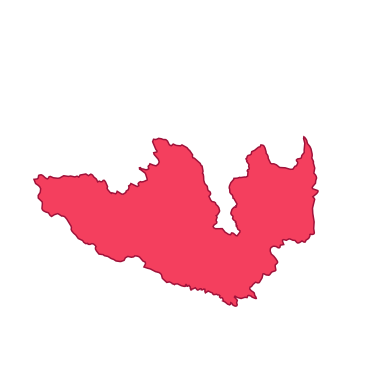 the district of Formoso, Minas Gerais, Brazil, rotated 315°
{"feature_id": "56859067B40805463906260", "entity_name": "Formoso", "entity_type": "district", "adm_level": 2, "iso_a3": "BRA", "parent_name": "Brazil", "parent_adm1": "Minas Gerais", "projection": "equal_earth", "projection_center": [-46.096, -15.072], "detail": "fine", "context": "isolated", "style": "filled", "palette": "rose", "viewbox_px": 384, "rotation_deg": 315, "n_neighbors": 0, "source": "geoboundaries", "source_scale": "gbopen_adm2", "svg_char_len": 6073}
<svg xmlns="http://www.w3.org/2000/svg" viewBox="0 0 384 384"><g transform="rotate(315 192 192)"><path d="M202.1,127.5L199.7,128.6L196.6,136.2L196.3,138.3L195.4,138.8L192.7,137.1L191.8,138.6L191.3,144.9L190.1,147.6L187.8,148.4L185.1,148.1L183.7,145.8L182.2,142.3L181.2,142.8L179.2,142.8L177.8,145.0L176.0,144.4L174.9,143.4L173.8,141.3L172.6,139.8L172.8,138.3L172.0,137.7L171.1,138.8L171.5,140.1L172.2,145.3L171.8,146.7L169.4,151.3L168.6,151.8L164.9,150.3L163.4,149.2L162.9,148.2L161.4,147.8L159.9,147.9L158.8,149.9L157.1,149.4L154.8,142.8L153.1,143.3L151.5,142.9L150.7,144.2L148.7,145.3L146.0,144.8L144.9,145.5L141.8,144.9L140.8,143.7L139.6,138.6L137.9,139.3L136.8,139.3L134.7,135.8L134.0,135.9L133.8,134.2L134.1,130.6L134.6,129.3L136.1,128.5L138.0,123.6L138.2,121.7L137.5,121.0L135.8,121.1L134.8,120.4L134.1,118.7L132.5,118.2L133.5,115.2L133.2,111.9L133.6,109.8L133.4,108.6L133.0,107.8L130.3,107.2L129.7,104.2L124.9,100.9L122.5,101.4L121.9,99.5L119.8,98.5L117.5,94.9L115.6,93.6L112.8,89.8L108.3,88.5L106.9,87.5L104.1,84.0L102.8,80.8L101.8,80.2L99.8,80.7L98.9,80.4L98.3,78.5L98.1,74.7L97.5,73.1L95.7,71.9L94.8,72.1L93.7,73.1L92.6,73.4L91.6,73.2L89.2,71.3L87.4,75.4L88.0,78.8L88.0,80.7L87.3,82.7L84.3,85.0L80.8,85.7L79.0,87.6L79.1,93.0L77.9,94.5L74.3,97.5L73.7,98.8L73.7,100.3L74.4,102.6L75.8,105.2L75.1,108.3L75.4,110.0L78.6,110.7L81.6,112.2L82.0,112.9L82.9,117.0L83.6,117.5L84.5,119.3L84.3,122.6L82.4,130.4L81.7,131.8L80.1,133.0L79.5,134.4L79.2,137.4L79.4,140.3L78.7,144.5L80.1,148.3L80.3,149.2L79.9,150.9L80.3,153.3L81.9,154.6L81.6,155.6L82.8,156.9L84.7,157.7L85.6,159.1L85.8,161.3L85.5,162.7L84.2,163.2L83.4,164.1L82.8,166.0L82.3,170.1L84.9,173.5L85.0,175.0L87.0,178.2L87.8,181.9L89.0,184.5L89.5,187.0L91.8,190.1L92.6,190.9L95.6,192.3L98.4,191.4L101.1,192.2L103.0,195.3L104.9,196.6L106.4,196.7L107.8,198.4L108.6,199.9L108.9,201.1L108.5,206.1L109.3,208.3L108.8,209.4L108.1,210.0L105.0,211.0L106.8,214.7L108.1,216.8L109.9,222.5L111.7,225.6L112.0,226.8L112.0,228.7L110.0,232.1L110.2,238.1L112.5,239.6L113.3,241.9L113.2,243.0L113.8,243.8L114.1,245.1L115.1,245.2L116.8,246.7L118.2,250.7L119.7,253.2L120.5,253.9L121.4,253.3L122.4,253.2L122.4,254.3L121.8,254.8L122.3,255.6L123.8,255.9L123.6,257.9L122.5,259.2L122.0,260.6L122.7,260.9L123.5,260.5L124.2,261.2L126.6,262.0L126.5,265.1L127.2,265.7L129.4,266.2L130.0,267.0L129.4,267.7L130.2,268.6L131.6,268.9L132.3,269.9L130.7,271.6L130.2,272.8L133.4,273.5L135.0,277.9L134.6,279.0L134.8,280.0L137.1,281.7L137.4,283.0L138.2,283.7L138.4,285.0L137.3,285.6L137.3,287.1L138.4,287.8L138.5,288.7L137.4,291.1L136.8,290.9L137.6,293.2L137.9,296.5L138.8,298.4L139.8,298.6L141.2,297.7L141.5,299.0L141.0,300.2L141.1,301.4L141.8,303.2L142.6,303.9L143.4,304.1L144.3,303.6L145.2,301.9L147.5,300.6L147.7,296.3L148.8,296.1L149.4,298.5L151.4,302.0L155.0,303.9L156.3,305.6L158.2,304.8L159.1,305.3L160.2,307.6L160.1,308.7L160.5,309.7L161.6,312.2L162.2,312.7L162.9,311.5L163.2,309.6L164.6,307.4L164.5,305.5L164.1,304.0L164.2,301.4L165.7,300.3L167.2,300.9L169.8,300.5L173.1,300.7L174.3,302.9L175.6,303.6L180.8,302.3L184.3,300.1L185.0,300.6L185.8,303.1L187.5,305.2L188.6,305.4L191.3,305.0L192.4,305.2L195.1,306.6L196.1,306.5L198.5,303.1L199.3,302.5L202.2,302.5L202.9,302.2L203.4,301.4L204.1,298.2L204.4,295.3L204.2,291.9L205.4,289.3L206.3,288.3L207.6,287.4L208.7,287.2L210.9,287.7L211.7,288.4L213.0,290.1L213.4,292.2L214.1,293.1L215.0,293.3L216.9,292.1L219.7,294.0L221.2,290.8L222.0,290.0L223.3,290.6L224.5,292.8L227.3,293.7L228.0,294.4L229.2,297.4L230.6,299.1L230.4,301.9L230.8,303.0L232.3,303.8L235.1,304.4L235.8,306.7L236.7,307.4L238.6,306.7L241.5,307.3L242.5,307.1L244.4,306.4L245.3,305.4L246.0,305.7L246.7,306.8L247.7,307.5L248.7,307.8L249.6,307.4L252.2,303.9L257.2,299.5L262.3,292.5L265.8,288.6L273.6,283.9L273.9,282.9L274.1,280.8L279.1,281.3L281.3,280.9L282.0,280.0L279.7,275.2L279.9,274.0L281.1,273.5L285.5,273.1L287.6,271.4L290.0,270.2L290.8,268.9L291.3,267.4L291.5,264.8L295.7,261.9L298.1,257.6L299.5,256.2L300.7,252.7L302.6,251.4L303.8,250.1L306.6,245.7L307.5,243.2L307.9,239.4L309.6,236.6L310.0,235.1L310.3,233.0L310.1,232.1L308.7,233.1L306.2,237.3L301.0,241.6L299.3,243.4L295.5,243.8L293.7,245.0L292.7,245.1L289.9,243.2L288.4,243.2L287.9,244.0L287.9,245.3L287.3,246.2L286.4,246.7L284.4,247.3L282.9,246.6L279.4,247.2L277.5,245.4L275.0,240.8L271.3,236.6L270.9,232.5L269.8,229.9L268.2,228.3L267.9,227.2L269.7,222.1L270.9,220.7L271.5,219.3L271.9,216.8L272.6,216.3L274.7,212.6L275.4,210.4L275.3,209.3L274.7,208.3L274.0,207.4L272.1,208.2L270.7,207.3L265.7,206.8L262.8,205.7L260.5,207.1L259.4,206.9L257.4,205.8L256.2,205.9L254.8,206.8L253.8,206.6L253.2,207.6L253.1,208.7L252.3,209.1L251.7,212.9L249.9,214.2L249.5,215.5L248.8,216.1L247.1,215.7L245.9,216.1L246.0,217.2L242.6,220.1L240.7,219.6L239.7,218.5L236.6,216.2L236.1,215.4L233.9,214.3L231.3,212.0L230.3,212.6L226.0,212.9L222.6,214.3L221.1,215.5L220.8,216.4L218.5,219.1L218.2,220.8L218.4,222.1L218.0,223.6L216.6,225.5L217.0,226.3L215.4,232.2L214.4,232.8L213.3,232.7L212.9,233.8L212.1,233.7L211.5,232.6L209.0,232.5L207.7,232.7L204.5,234.4L203.8,235.8L203.9,237.5L203.6,238.4L201.9,239.5L201.7,241.1L202.0,243.8L201.3,244.1L201.2,245.4L200.3,246.0L199.9,247.5L199.2,247.3L199.0,248.8L198.1,250.7L198.5,253.3L197.6,254.2L193.0,254.9L192.3,254.0L192.1,250.6L191.7,249.7L191.0,248.9L189.1,249.5L187.9,247.9L187.0,243.7L187.5,239.3L182.6,234.5L182.1,232.6L182.5,231.3L184.4,230.9L187.4,231.4L188.4,230.8L188.6,229.8L189.2,228.9L191.9,227.6L192.4,225.8L193.8,226.2L197.5,225.3L198.3,224.7L199.9,222.0L200.3,219.7L200.1,217.9L200.9,216.2L200.7,214.9L199.4,212.9L199.4,211.3L200.9,207.0L203.3,206.8L204.3,206.0L204.9,204.3L204.5,202.8L204.8,201.5L206.8,198.8L207.0,195.0L208.6,192.0L211.1,189.3L212.5,187.4L212.6,186.2L214.5,185.1L217.5,180.8L217.2,179.8L218.0,177.5L217.6,169.9L216.8,168.2L217.6,167.0L218.7,166.1L219.7,160.9L219.5,159.9L219.8,157.1L218.2,151.6L216.5,151.2L214.5,148.8L213.7,147.7L212.6,144.8L210.2,144.7L209.6,143.8L209.4,142.4L210.7,138.6L210.5,136.4L208.8,134.6L207.9,132.6L206.3,130.4L204.8,130.0L203.3,129.1L202.1,127.5Z" fill="#f43f5e" stroke="#9f1239" stroke-width="1.5"/></g></svg>